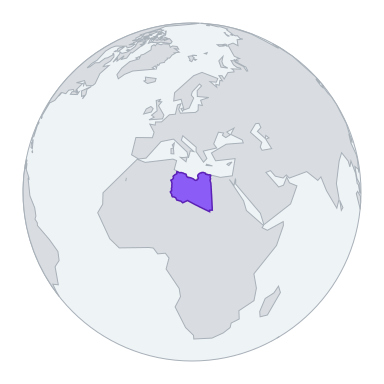 Libya on an orthographic globe
{"feature_id": "LBY", "entity_name": "Libya", "entity_type": "country or territory", "adm_level": 0, "iso_a3": "LBY", "parent_name": "Africa", "parent_adm1": "", "projection": "orthographic", "projection_center": [17.634, 26.339], "detail": "fine", "context": "on_globe", "style": "filled", "palette": "violet", "viewbox_px": 384, "rotation_deg": 0, "n_neighbors": 0, "source": "natural_earth", "source_scale": "50m", "svg_char_len": 12017}
<svg xmlns="http://www.w3.org/2000/svg" viewBox="0 0 384 384"><circle cx="192" cy="192" r="169" fill="#eef3f6" stroke="#a8b0b8"/><path d="M190.4,23.0L189.9,23.1L190.0,23.1L195.3,23.1L199.0,23.3L191.2,23.2L196.8,23.7L186.6,24.7L165.5,26.4L160.3,28.6L139.8,35.1L142.1,35.0L135.8,38.1L136.2,39.3L132.3,40.7L136.0,40.6L139.5,39.2L142.3,38.8L142.8,39.6L137.9,41.2L136.9,41.1L135.8,42.0L133.1,42.6L134.7,42.7L128.7,44.9L135.4,44.0L131.3,46.8L127.1,47.9L126.6,46.2L115.7,46.1L111.4,47.6L105.7,51.0L96.9,60.4L92.4,63.0L87.1,67.8L89.9,66.8L95.1,62.8L99.1,62.7L105.0,58.3L107.5,57.8L113.9,54.4L113.9,56.9L110.3,61.2L105.0,64.3L103.3,66.5L109.1,65.5L99.9,73.6L95.2,83.5L92.7,85.6L86.4,85.8L84.5,80.6L76.4,82.7L82.6,83.5L76.2,89.8L75.6,91.9L76.5,93.1L79.2,91.7L77.3,94.6L70.4,94.3L72.1,91.7L74.3,91.7L73.3,89.5L68.7,90.2L65.8,93.7L61.8,92.5L59.7,95.2L57.7,96.7L61.3,92.4L54.8,100.4L49.6,103.0L40.6,118.1L48.4,103.7L50.6,99.7L52.2,97.2L59.6,87.0L67.7,77.5L76.6,68.6L86.0,60.4L96.1,52.9L106.7,46.2L117.7,40.2L129.2,35.1L141.0,30.9L153.1,27.6L165.4,25.1L177.9,23.6L190.4,23.0ZM25.5,163.3L26.4,159.6L27.0,160.2L25.2,169.0L27.0,163.2L26.3,169.6L28.8,177.3L28.1,178.6L29.9,195.8L34.7,207.8L35.9,216.0L35.0,219.1L37.3,222.8L37.4,225.5L49.5,239.7L57.9,251.5L59.1,260.5L55.1,266.7L58.3,284.8L52.8,284.2L56.0,290.9L59.2,296.5L51.7,286.1L44.9,275.1L39.0,263.7L34.0,251.9L29.9,239.7L26.7,227.2L24.5,214.5L23.3,201.7L23.1,188.9L23.8,176.0L25.5,163.3ZM38.8,120.8L38.2,122.7L33.6,137.3L33.8,133.9L34.2,133.4L35.9,128.6L38.2,122.4L38.7,121.0L38.8,120.8ZM41.6,117.9L42.2,116.0L41.9,117.2L41.6,117.9ZM113.5,53.4L113.7,53.9L112.4,54.2L113.5,53.4ZM116.1,51.6L114.5,51.6L115.5,50.8L116.5,50.7L116.1,51.6ZM203.0,23.4L204.1,23.5L201.7,23.3L203.0,23.4ZM117.9,51.8L117.4,49.3L119.2,47.9L124.5,46.8L117.9,51.8ZM204.9,23.6L211.2,24.4L213.6,24.6L210.4,25.0L206.1,23.9L201.0,23.4L204.4,23.6L204.9,23.6ZM140.4,38.5L136.7,40.0L139.2,38.1L140.4,38.5ZM141.3,37.4L145.3,33.1L151.0,31.6L148.5,33.2L155.6,31.0L156.4,32.3L152.8,33.8L148.9,34.5L152.2,34.6L141.3,37.4ZM207.5,25.4L208.1,25.7L206.2,25.4L207.5,25.4ZM143.6,38.5L143.9,37.7L148.9,36.2L149.2,37.8L147.5,37.7L143.6,38.5ZM157.0,29.9L160.8,29.3L162.5,30.2L164.2,30.1L156.9,32.3L157.0,29.9ZM146.6,38.4L149.2,38.6L147.4,40.1L143.6,39.3L146.6,38.4ZM150.0,35.3L152.4,34.7L151.2,35.5L150.0,35.3ZM142.2,45.8L142.5,44.5L145.1,43.6L142.2,45.8ZM150.3,38.6L150.9,38.1L152.0,37.7L153.3,38.2L150.3,38.6ZM158.7,32.8L158.6,33.4L161.7,32.0L163.1,32.8L158.0,34.2L160.8,33.9L161.3,34.2L156.6,35.1L158.7,32.8ZM157.8,37.5L151.8,39.9L150.8,42.4L148.4,43.3L150.5,39.1L157.8,37.5ZM157.5,36.0L157.2,37.0L154.4,37.3L152.9,36.8L157.5,36.0ZM165.9,33.0L165.1,31.3L166.2,31.1L165.9,33.0ZM158.1,38.1L159.5,37.5L158.3,38.2L158.1,38.1ZM164.1,34.4L163.7,33.8L165.0,33.6L164.1,34.4ZM162.8,37.0L160.8,37.7L159.8,37.3L162.8,37.0ZM163.8,35.8L165.7,35.6L160.5,36.7L163.4,35.5L163.8,35.8ZM165.4,34.3L166.1,34.0L165.4,34.6L165.4,34.3ZM167.9,38.4L161.6,40.0L159.3,38.9L165.7,37.5L167.9,38.4ZM221.4,25.6L224.6,26.2L225.2,26.3L236.0,28.9L239.5,29.9L242.3,30.7L254.1,34.8L253.6,34.7L234.6,28.7L242.6,30.9L241.6,30.8L244.9,31.9L250.5,33.8L250.6,33.7L263.6,40.3L278.5,48.4L275.6,45.8L278.0,46.8L292.5,56.2L314.1,75.5L317.5,78.9L322.4,84.6L323.9,86.5L319.6,81.4L319.1,81.2L316.1,78.0L319.9,83.4L315.8,79.1L320.8,85.8L323.5,88.3L321.7,84.8L327.8,93.1L331.3,96.7L336.4,104.4L346.2,123.4L349.1,132.9L350.2,135.9L349.0,134.9L350.9,143.0L356.3,154.7L357.4,159.4L358.9,172.6L358.3,169.2L354.9,166.5L357.0,178.5L359.6,183.5L360.6,193.0L359.8,192.8L358.4,184.7L357.2,183.5L355.6,173.3L350.9,160.9L349.9,166.9L348.2,161.1L341.6,152.7L339.1,161.1L336.4,183.6L339.1,199.1L336.8,208.2L326.5,190.7L320.9,176.9L317.8,180.4L306.7,171.6L289.3,178.1L286.3,174.9L283.2,178.0L275.3,176.2L270.5,170.6L265.9,172.4L278.7,187.0L283.5,185.2L286.7,177.1L289.4,182.8L296.9,185.9L290.6,203.9L263.9,224.7L260.4,213.3L235.6,184.0L235.8,180.1L235.7,179.7L235.3,179.0L234.0,185.5L229.4,179.5L243.6,200.9L246.4,210.5L263.5,225.5L262.1,227.7L267.4,230.3L283.2,221.6L283.4,225.5L276.5,245.5L253.9,273.8L256.4,288.2L254.0,300.6L238.9,310.7L239.2,319.0L231.2,323.0L230.1,327.6L223.1,333.0L211.9,338.1L193.8,339.0L193.5,335.3L185.6,327.6L175.1,306.9L180.5,296.7L179.2,288.5L166.1,269.0L169.0,258.0L165.3,253.2L157.7,253.9L153.3,248.0L148.7,247.5L119.2,247.9L109.8,238.8L97.7,212.7L102.7,204.2L103.0,192.8L137.2,159.3L145.2,162.4L173.0,159.1L176.6,160.6L174.2,169.6L195.7,180.4L201.7,172.7L220.4,177.4L232.3,175.8L235.1,158.6L215.6,160.8L211.4,153.0L226.3,144.2L243.3,142.9L242.2,139.9L230.8,134.4L234.0,128.1L226.8,132.0L230.2,134.8L225.8,137.6L222.4,135.3L223.6,133.0L218.4,132.2L213.7,143.9L216.7,148.0L203.2,151.1L206.9,158.5L203.5,162.2L196.0,151.4L196.2,147.2L182.8,135.7L181.3,140.3L193.9,151.6L190.3,150.8L188.4,157.9L187.0,151.9L173.6,139.1L161.0,141.6L146.1,158.1L138.5,159.0L131.6,154.8L135.9,137.5L152.4,137.7L154.1,132.3L149.8,124.1L155.2,125.1L155.5,122.0L161.6,121.9L169.3,114.8L175.4,114.2L177.5,105.0L180.9,103.7L178.7,109.3L180.4,113.2L195.5,112.4L198.1,110.4L198.3,104.7L202.4,105.5L200.6,100.2L208.8,97.5L197.3,96.5L197.2,90.6L201.6,85.9L199.5,84.0L192.3,91.7L191.3,95.1L193.7,98.1L189.1,108.1L184.1,109.9L181.1,99.3L173.7,101.0L174.6,92.7L193.6,75.7L202.0,72.4L217.8,78.5L216.3,82.2L210.0,81.6L216.7,87.2L215.8,84.3L219.2,85.2L219.9,80.4L222.4,80.9L218.9,75.7L222.0,75.7L224.2,79.0L227.9,72.6L234.1,71.9L233.7,70.3L231.6,68.8L240.9,69.2L240.2,68.0L237.0,67.4L233.5,64.8L231.0,60.5L234.3,60.9L235.7,62.5L243.6,66.6L246.7,71.2L247.8,70.9L245.9,67.1L236.3,62.0L233.8,59.4L238.7,61.3L236.7,60.4L236.5,59.2L239.5,58.5L234.3,56.3L227.9,45.0L233.0,43.1L238.0,45.7L237.1,39.7L242.9,39.1L239.9,38.4L237.4,35.7L235.5,35.8L233.9,35.3L226.6,29.8L227.5,29.1L220.9,26.9L219.3,26.7L218.3,26.9L210.4,25.0L213.6,24.6L217.0,25.0L216.8,24.9L221.4,25.6ZM126.4,177.8L125.7,181.2L126.4,177.8ZM262.1,150.3L271.7,148.6L265.8,139.2L269.0,137.9L265.8,135.4L265.3,138.5L257.4,131.4L260.9,127.5L258.9,123.3L255.6,123.7L250.4,132.3L261.8,142.3L260.2,147.0L262.1,150.3ZM28.9,177.4L29.0,180.0L28.4,178.8L28.9,177.4ZM32.6,136.8L32.2,138.6L31.6,140.7L31.6,139.9L32.6,136.8ZM32.5,150.4L32.6,153.0L31.9,151.8L32.5,150.4ZM33.2,139.4L32.3,148.7L31.0,147.4L31.7,141.8L31.9,143.6L33.2,139.4ZM39.2,121.8L38.7,123.4L38.0,124.6L39.2,121.8ZM41.4,118.8L41.4,118.6L42.2,116.9L41.4,118.8ZM76.7,89.8L77.1,89.9L77.5,91.6L76.2,91.7L76.7,89.8ZM85.9,94.4L82.5,98.9L84.0,95.6L81.5,96.4L81.6,90.9L91.4,86.5L87.0,89.3L85.9,94.4ZM84.4,83.0L83.3,86.5L84.1,82.8L84.4,83.0ZM150.9,106.5L153.2,108.6L151.3,112.0L143.6,114.0L146.3,108.9L150.9,106.5ZM157.1,110.8L156.2,100.5L161.0,99.2L158.5,101.6L161.7,101.8L158.5,105.7L163.9,115.1L162.5,118.9L149.0,119.8L154.2,117.2L151.5,115.2L157.1,110.8ZM145.7,80.5L145.4,77.1L156.1,78.5L155.1,81.6L147.4,83.5L143.9,81.0L145.7,80.5ZM127.3,50.7L126.5,50.2L127.8,49.6L129.6,49.6L127.3,50.7ZM142.1,45.3L132.2,53.0L130.8,52.6L126.7,58.1L121.4,59.4L124.2,55.7L117.0,61.1L117.4,58.3L113.0,62.2L119.8,53.7L119.9,51.8L121.8,53.4L126.8,52.2L128.9,51.1L135.1,46.6L137.6,42.3L142.9,40.8L146.0,40.9L146.2,41.7L142.7,42.3L145.4,43.0L140.5,44.6L142.1,45.3ZM178.7,49.2L174.6,48.6L179.3,52.2L174.4,52.9L175.2,53.3L172.0,55.1L169.6,58.1L167.2,58.1L167.3,59.3L165.2,60.7L164.5,62.4L160.0,63.2L158.8,65.4L157.4,64.5L156.5,68.3L155.2,65.9L152.3,67.8L155.1,69.1L132.8,71.0L124.5,74.4L118.3,78.8L116.9,74.7L121.8,68.1L129.8,61.6L138.0,59.2L135.9,58.0L139.2,56.6L139.5,58.1L141.0,55.0L143.8,54.3L151.0,49.9L151.4,46.3L154.0,44.7L155.2,45.8L157.0,43.6L161.1,44.8L163.1,43.8L169.1,44.2L170.3,47.3L172.4,46.0L177.1,46.5L178.7,49.2ZM169.5,38.6L172.1,41.6L170.7,43.6L160.8,42.1L158.4,42.8L152.0,42.4L154.2,39.6L155.9,39.9L157.9,39.6L156.4,40.6L159.2,39.6L161.5,40.1L164.3,39.6L164.4,40.6L169.5,38.6ZM180.3,157.3L183.0,157.6L187.1,157.1L186.0,161.8L180.3,157.3ZM171.0,148.6L173.4,148.0L173.9,153.9L171.0,153.7L171.0,148.6ZM174.3,143.0L173.5,147.5L172.2,145.0L174.3,143.0ZM180.9,108.7L183.4,107.9L183.8,109.2L182.6,111.3L180.9,108.7ZM191.7,61.7L189.5,60.6L190.1,59.9L188.2,56.4L191.7,55.8L194.2,57.7L191.7,61.7ZM232.0,162.0L228.8,165.6L226.9,164.3L228.4,163.3L232.0,162.0ZM206.5,164.2L212.5,165.9L206.1,165.4L206.5,164.2ZM195.1,60.4L193.9,59.0L196.4,59.6L195.1,60.4ZM194.1,55.2L197.0,55.6L191.9,55.3L194.1,55.2ZM279.2,336.6L278.9,336.9L276.9,338.0L279.2,336.6ZM280.4,292.5L267.4,315.0L260.1,316.8L259.7,311.5L265.2,298.5L273.9,292.9L278.5,286.1L280.4,292.5ZM360.1,209.4L359.8,207.5L356.3,193.5L357.6,191.3L360.6,196.7L360.5,199.4L360.7,202.1L360.1,209.4ZM339.7,200.3L342.9,207.6L341.3,210.4L339.7,200.3ZM351.9,140.2L352.2,142.7L351.4,140.6L350.5,136.1L351.9,140.2ZM223.0,56.3L221.9,61.6L223.4,65.6L227.8,68.1L221.0,67.2L218.8,60.9L223.0,56.3ZM227.0,46.2L223.1,44.5L225.0,44.1L226.2,44.4L227.0,46.2ZM224.5,46.0L219.2,46.3L217.2,44.7L221.7,44.7L224.5,46.0ZM207.2,52.6L206.6,54.1L204.6,53.5L207.2,52.6ZM284.3,50.5L275.7,45.5L272.6,43.9L278.7,47.0L284.3,50.5ZM209.7,25.8L208.2,25.7L208.8,25.5L209.7,25.8ZM232.9,35.5L230.7,34.8L231.5,34.3L232.9,35.5ZM225.2,32.7L225.8,33.7L223.8,32.5L225.2,32.7ZM227.6,36.0L225.4,34.0L229.5,36.2L227.6,36.0Z" fill="#d9dde1" stroke="#a8b0b8" stroke-width="1"/><path d="M171.4,179.9L171.7,179.8L172.1,179.6L172.4,179.5L172.5,179.4L172.8,178.9L173.0,178.7L173.3,178.4L173.4,178.1L173.4,177.9L173.4,177.6L173.2,177.0L173.1,176.4L173.3,176.1L173.6,175.7L174.1,175.6L174.3,175.4L174.4,175.2L174.5,175.1L174.7,174.9L174.9,174.8L175.0,174.6L175.5,174.4L175.9,174.2L176.4,173.9L176.8,173.8L176.9,173.6L176.9,173.4L176.7,173.1L176.7,172.7L176.7,172.3L176.8,172.1L176.9,171.6L177.3,171.7L177.6,171.8L178.8,172.5L179.1,172.6L179.9,172.8L180.9,172.5L181.2,172.5L181.9,172.8L182.1,172.8L182.6,172.9L183.4,173.1L183.6,173.2L184.0,173.6L185.9,174.1L186.1,174.4L186.3,174.8L186.3,175.4L186.4,175.8L186.6,176.3L186.9,176.7L187.2,177.0L187.5,177.2L188.2,177.5L189.0,177.6L189.9,177.6L191.3,178.0L192.5,178.5L192.8,178.7L193.4,178.9L194.6,180.0L195.3,180.3L195.8,180.4L196.2,180.3L197.0,180.0L197.3,179.7L198.0,178.8L198.3,178.3L198.4,178.0L198.3,177.6L198.2,177.3L198.0,177.0L197.8,176.6L197.7,175.8L197.8,175.3L198.0,175.0L198.2,174.6L198.8,174.0L199.4,173.5L200.5,172.9L201.1,172.9L201.4,172.9L201.9,172.4L202.1,172.4L202.4,172.5L203.3,172.4L203.6,172.5L204.1,172.8L204.7,172.9L205.1,173.1L205.5,173.2L205.7,173.7L205.6,173.9L205.6,174.1L206.1,174.4L207.4,174.5L207.6,174.6L208.0,174.8L209.1,174.9L209.6,174.8L210.1,174.9L210.3,175.0L210.5,175.1L210.7,175.6L210.8,175.8L210.7,175.9L210.6,176.1L210.3,176.5L210.1,176.8L210.2,177.2L210.2,177.6L210.4,178.0L210.5,178.4L210.5,178.7L210.5,179.0L210.4,179.4L210.0,180.0L210.0,180.3L210.3,181.0L210.3,181.3L210.5,182.0L210.7,182.5L210.8,183.0L210.9,183.7L210.9,184.4L211.0,185.1L211.0,185.7L211.1,186.4L211.1,187.0L211.1,187.7L211.2,188.4L211.2,189.0L211.3,189.7L211.3,190.4L211.3,191.0L211.4,191.7L211.4,192.3L211.4,193.0L211.5,193.7L211.5,194.3L211.6,195.0L211.6,195.6L211.6,196.3L211.7,197.0L211.7,197.6L211.7,198.3L211.8,198.9L211.8,199.6L211.8,200.3L211.9,200.9L211.9,201.6L211.9,202.2L212.0,202.9L212.0,203.6L212.0,204.2L212.1,205.7L212.2,207.2L212.2,208.6L212.3,210.1L211.6,210.1L210.9,210.2L210.2,210.2L209.6,210.2L209.6,210.6L209.6,211.0L209.6,211.3L209.6,211.7L208.3,211.1L206.9,210.4L205.6,209.8L204.2,209.1L202.9,208.5L201.6,207.8L200.2,207.2L198.9,206.5L197.6,205.8L196.3,205.2L194.9,204.5L193.6,203.8L192.3,203.1L191.0,202.4L189.7,201.7L188.4,201.0L187.5,200.5L186.6,201.0L185.8,201.3L184.8,201.8L183.6,202.4L182.7,202.8L181.8,202.0L181.1,201.3L180.8,201.1L179.4,200.8L178.1,200.4L176.7,200.0L176.5,199.4L176.2,198.9L175.9,198.1L175.6,197.7L174.5,197.2L173.4,196.8L172.7,196.9L172.4,196.8L172.3,196.6L172.2,196.3L171.9,196.0L171.7,195.2L171.8,194.6L171.7,194.4L171.2,193.5L170.7,192.7L170.4,192.1L170.3,191.9L170.4,191.6L170.6,191.3L171.1,191.1L171.6,190.8L171.6,190.5L171.7,189.9L171.6,189.7L171.5,189.3L171.4,188.8L171.4,188.4L171.6,187.8L171.9,187.1L171.8,186.4L171.8,184.8L172.0,183.6L171.9,183.2L171.8,182.5L171.6,181.9L171.6,181.6L171.4,181.2L171.0,180.6L170.8,180.2L171.1,180.0L171.4,179.9Z" fill="#8b5cf6" stroke="#5b21b6" stroke-width="1.5"/></svg>